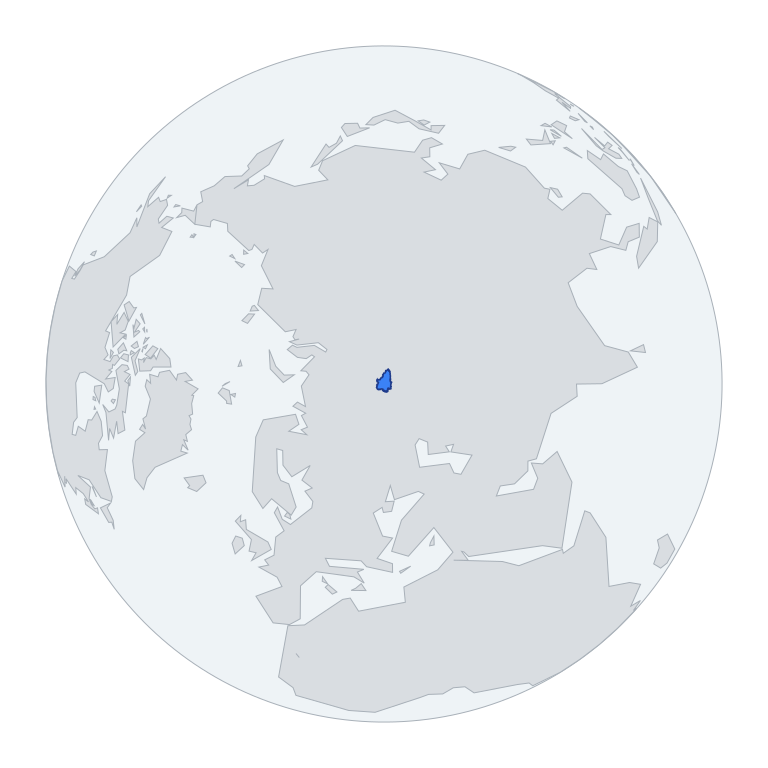 Kurgan highlighted on a globe, orthographic projection, rotated 284°
{"feature_id": "RUS-2380", "entity_name": "Kurgan", "entity_type": "Region", "adm_level": 1, "iso_a3": "RUS", "parent_name": "Russia", "parent_adm1": "", "projection": "orthographic", "projection_center": [64.14, 55.502], "detail": "fine", "context": "on_globe", "style": "filled", "palette": "blue", "viewbox_px": 768, "rotation_deg": 284, "n_neighbors": 0, "source": "natural_earth", "source_scale": "10m", "svg_char_len": 14760}
<svg xmlns="http://www.w3.org/2000/svg" viewBox="0 0 768 768"><g transform="rotate(284 384 384)"><circle cx="384" cy="384" r="338" fill="#eef3f6" stroke="#a8b0b8"/><path d="M405.1,46.7L407.1,46.9L422.3,50.2L418.6,57.9L410.9,55.5L410.9,58.2L420.5,61.6L426.8,63.3L439.8,81.8L469.3,101.0L485.5,104.0L476.6,106.2L511.9,110.6L532.3,121.9L504.9,111.2L498.9,111.9L510.6,120.1L506.9,122.7L510.5,128.3L505.0,130.8L489.5,125.1L485.6,126.8L494.2,132.7L494.1,139.4L482.1,130.4L480.7,141.3L454.5,135.2L426.9,111.6L408.0,112.7L368.2,101.0L367.5,105.3L352.0,104.4L345.5,109.2L340.0,106.3L339.5,112.8L345.8,114.6L347.7,118.2L344.4,121.4L336.8,117.9L337.3,115.9L333.4,116.6L331.0,113.6L330.3,116.9L321.5,112.7L325.3,121.6L314.1,122.4L309.6,118.4L316.6,112.5L323.4,90.9L321.0,86.1L310.6,84.6L277.2,94.4L271.8,92.1L259.7,93.6L259.6,97.3L269.0,97.6L265.9,105.5L277.8,105.6L278.3,109.1L287.9,112.2L279.4,118.6L265.8,123.4L257.4,121.3L251.3,123.6L253.5,131.5L232.4,134.1L208.8,147.6L204.1,147.9L205.2,136.8L219.7,121.1L221.2,109.1L213.0,124.1L201.4,125.6L196.4,129.1L192.9,133.6L194.5,136.0L189.0,138.3L195.0,123.7L200.1,121.4L198.1,125.8L204.9,118.7L208.9,110.0L202.7,112.0L215.2,98.4L211.0,99.9L211.3,98.1L217.3,96.5L206.8,99.5L220.6,88.4L215.8,90.9L237.6,79.4L260.2,69.6L283.5,61.4L307.2,54.9L331.4,50.2L355.9,47.3L380.5,46.1L405.1,46.7ZM430.2,63.8L421.1,61.5L413.8,57.8L421.8,59.3L430.2,63.8ZM443.5,72.7L438.2,71.9L438.7,68.1L441.6,69.7L443.5,72.7ZM497.9,105.9L491.2,102.1L499.0,105.0L497.9,105.9ZM511.9,128.7L515.0,129.1L515.6,132.0L511.9,128.7ZM291.9,108.6L289.9,110.3L289.2,108.8L291.9,108.6ZM298.0,108.4L298.5,105.4L301.5,104.9L301.1,106.8L298.0,108.4ZM507.7,138.5L507.6,143.3L505.0,137.4L507.7,138.5ZM296.6,112.3L306.7,104.5L311.8,103.8L314.6,110.4L296.6,112.3ZM505.8,145.4L505.7,157.5L512.6,159.2L493.2,161.8L499.6,150.3L495.3,142.6L501.4,146.3L505.8,145.4ZM349.2,113.8L342.4,112.0L351.1,110.7L349.2,113.8ZM354.4,112.2L378.5,104.1L387.0,108.8L377.2,110.3L390.6,114.5L382.9,120.7L373.8,119.8L369.8,115.5L369.9,121.3L354.4,112.2ZM482.4,161.5L480.1,163.8L479.6,160.4L482.4,161.5ZM349.1,119.5L353.3,117.3L360.9,121.2L354.0,126.4L353.8,123.4L349.1,119.5ZM397.9,112.7L402.4,116.8L397.3,122.8L398.4,125.3L383.4,121.3L397.9,112.7ZM350.4,124.2L350.4,129.0L343.8,130.2L345.6,122.0L350.4,124.2ZM365.8,120.0L369.1,122.2L365.0,122.7L365.8,120.0ZM320.4,137.8L325.2,134.6L329.5,136.3L320.4,137.8ZM350.8,130.7L353.1,130.3L355.3,130.7L354.0,134.1L350.8,130.7ZM380.9,126.0L377.9,127.9L386.8,127.9L383.4,132.8L374.0,129.4L376.6,132.9L375.6,134.4L369.1,130.0L380.9,126.0ZM359.4,138.9L346.3,136.8L336.5,142.1L332.3,140.6L348.8,132.4L359.4,138.9ZM365.6,134.0L360.8,136.7L358.1,133.3L359.7,129.5L365.6,134.0ZM384.4,137.5L392.1,130.9L393.9,131.9L384.4,137.5ZM357.1,141.1L360.3,141.6L356.7,141.8L357.1,141.1ZM376.6,139.2L379.1,136.6L381.1,137.9L376.6,139.2ZM364.7,144.9L360.5,144.1L361.4,141.3L364.7,144.9ZM370.6,142.8L372.7,145.1L364.3,140.8L371.4,141.4L370.6,142.8ZM378.1,140.8L380.1,140.6L376.8,141.7L378.1,140.8ZM363.6,156.0L352.7,151.3L354.8,145.1L365.1,150.5L363.6,156.0ZM146.7,624.5L127.2,601.3L129.0,597.1L124.7,586.2L106.1,546.1L109.8,535.8L106.0,524.7L97.5,516.0L93.6,502.3L88.9,495.4L63.3,454.8L58.7,428.7L60.6,373.9L67.4,369.2L74.2,352.6L126.2,349.2L131.0,365.2L165.0,396.0L168.1,403.0L157.4,414.3L177.4,457.5L191.8,452.4L216.7,481.1L237.5,491.6L256.8,467.1L222.8,449.3L223.5,431.9L256.1,433.9L286.9,449.6L288.1,443.3L274.3,422.1L287.0,414.7L270.1,413.8L272.8,422.2L262.3,422.2L259.2,414.5L263.8,412.0L256.2,404.8L236.1,419.4L236.6,429.6L213.1,419.5L211.7,435.7L203.3,437.9L202.5,411.3L206.9,404.6L200.7,369.3L193.9,375.2L199.3,409.3L195.1,403.7L186.0,413.0L189.6,401.5L185.5,363.7L168.0,351.8L135.9,359.5L127.7,350.5L125.4,334.2L147.1,311.1L162.8,334.0L170.7,327.0L176.1,306.9L180.4,315.9L184.5,310.8L191.3,318.7L209.3,316.0L217.4,322.6L232.6,308.7L238.9,310.5L228.1,318.0L225.0,327.2L246.3,343.9L252.8,343.4L260.9,333.2L265.7,339.5L270.9,327.6L287.1,332.1L271.7,317.0L280.8,305.6L295.0,301.8L295.2,295.6L272.2,302.0L265.4,307.1L264.1,315.7L243.4,328.5L234.3,325.7L245.5,302.7L233.9,296.6L247.7,282.2L301.6,272.4L320.0,275.5L333.2,305.5L324.3,311.2L315.1,303.0L316.1,321.4L319.6,314.7L323.6,320.2L333.4,311.5L336.7,315.1L340.4,301.0L345.5,304.4L343.1,313.3L362.0,304.3L374.8,309.0L377.5,305.3L376.7,300.1L393.6,310.0L394.8,306.9L389.8,302.4L388.9,293.5L394.0,281.8L399.5,285.8L398.5,290.6L404.6,307.1L400.9,319.7L403.7,320.3L408.2,310.3L400.7,290.1L402.2,282.0L407.1,290.8L405.4,286.9L407.9,284.2L415.6,285.5L410.8,275.6L430.5,242.3L447.3,242.2L449.4,253.3L469.1,236.4L486.5,238.9L481.7,234.5L488.0,224.3L482.6,223.3L480.8,220.5L494.4,195.5L501.9,193.2L502.4,178.8L499.9,176.7L494.4,177.4L493.2,161.8L512.6,159.2L517.1,163.9L526.2,159.7L535.2,171.3L546.8,179.5L551.4,195.6L560.2,201.2L562.7,198.9L576.6,205.3L596.4,227.1L569.1,219.2L537.2,191.1L549.3,203.1L543.2,203.5L545.4,209.9L554.2,218.5L557.3,217.4L554.1,249.5L568.5,280.1L575.6,268.9L585.8,270.4L608.5,298.4L616.3,357.5L629.9,362.5L634.5,370.5L631.0,382.6L624.2,371.2L615.6,373.5L612.3,365.6L604.4,382.1L599.3,371.6L595.6,390.2L603.1,395.2L612.0,384.1L611.0,405.4L627.2,409.8L635.2,425.2L628.7,468.8L612.8,492.2L613.1,497.9L603.6,498.1L595.7,514.9L617.2,530.5L618.3,538.0L603.3,563.1L602.1,558.3L577.0,558.9L575.7,578.2L594.9,581.5L601.6,592.7L588.3,596.2L581.1,586.5L572.2,586.3L572.2,570.7L560.2,551.7L546.6,562.8L545.4,552.9L526.8,538.2L506.0,552.7L474.6,588.8L474.1,613.3L461.6,625.8L437.0,595.4L430.5,570.8L418.8,574.4L395.9,553.2L348.3,550.0L344.0,542.3L334.5,544.6L318.7,534.8L313.2,521.5L302.5,520.1L318.0,554.6L329.7,556.0L343.0,546.1L344.9,557.3L360.4,568.3L334.3,590.1L267.7,596.4L265.5,576.9L237.1,507.9L240.4,502.1L240.4,501.3L240.4,499.8L233.3,508.4L229.9,494.2L240.4,541.8L240.3,558.8L266.7,597.2L263.1,598.9L272.9,607.4L309.5,609.5L308.8,615.2L288.9,636.4L242.0,651.3L250.8,670.3L251.7,681.4L228.1,677.2L236.0,685.2L224.6,680.8L227.8,683.4L224.3,681.8L203.4,669.6L183.4,656.0L164.5,640.9L146.7,624.5ZM101.2,363.8L98.1,368.0L101.2,363.8ZM315.0,480.5L336.3,486.6L334.3,465.3L342.3,466.1L338.7,458.8L334.0,463.8L326.3,444.0L338.2,440.4L339.5,431.3L332.4,428.9L311.8,438.7L322.7,466.8L314.6,473.4L315.0,480.5ZM201.1,126.4L200.4,127.7L196.0,132.1L196.5,129.9L201.1,126.4ZM186.2,154.2L177.7,157.4L184.1,153.3L183.1,150.4L195.2,138.8L202.4,147.5L197.0,145.4L186.2,154.2ZM213.4,126.4L204.9,132.3L213.9,125.5L213.4,126.4ZM200.6,276.9L200.1,283.8L193.4,287.5L183.1,280.7L192.7,275.1L200.6,276.9ZM201.0,293.0L215.0,272.9L221.9,276.9L215.6,277.9L218.8,282.6L209.6,285.6L202.6,309.6L196.2,314.6L180.7,298.3L189.3,300.7L189.2,293.5L201.0,293.0ZM238.4,220.0L244.5,212.8L251.7,230.4L245.1,235.2L234.4,228.3L235.9,218.6L238.4,220.0ZM299.6,126.2L301.5,123.3L303.6,124.1L303.7,127.2L299.6,126.2ZM322.3,136.2L293.5,140.0L294.2,136.8L276.6,143.7L271.5,138.0L283.2,133.6L266.1,134.7L274.5,128.5L262.7,130.4L289.1,121.1L296.1,116.0L290.3,123.8L294.7,129.1L298.7,129.8L315.2,128.4L332.3,120.6L339.4,125.1L339.9,130.4L336.8,133.0L333.2,129.1L331.8,135.3L324.1,131.7L322.3,136.2ZM341.4,197.2L338.4,190.4L334.3,204.8L326.6,200.2L326.7,202.2L318.5,202.1L308.5,205.6L306.1,202.5L303.3,205.2L297.8,205.5L293.1,208.3L287.0,203.9L280.8,207.1L281.4,203.2L272.4,210.0L276.4,203.1L269.7,203.1L269.4,209.8L247.8,182.0L235.7,176.7L223.4,176.3L231.9,165.2L248.8,158.7L268.4,156.7L278.9,163.8L280.9,157.8L286.4,159.6L282.6,163.6L291.9,158.5L295.4,161.2L312.9,161.0L324.1,152.8L330.8,152.8L328.2,157.4L336.7,154.3L336.3,163.0L341.0,163.4L345.4,172.6L337.6,181.7L343.5,181.4L347.1,188.8L341.4,197.2ZM364.4,158.7L356.8,170.0L348.9,173.2L344.6,155.8L340.4,154.3L337.4,143.9L348.9,139.6L348.7,142.9L351.2,145.1L346.6,145.5L352.1,146.9L352.0,151.7L356.3,154.1L352.7,157.0L364.4,158.7ZM175.8,402.0L178.9,405.9L184.8,410.2L179.2,416.4L175.8,402.0ZM172.5,376.2L175.9,378.3L170.8,388.6L167.6,384.7L172.5,376.2ZM182.2,371.0L176.5,377.6L177.6,371.8L182.2,371.0ZM231.8,319.5L236.0,321.2L234.7,324.1L230.4,326.3L231.8,319.5ZM327.6,241.0L327.1,236.0L329.4,235.4L335.1,225.3L341.2,228.2L340.2,235.4L327.6,241.0ZM248.6,469.2L240.0,471.6L238.0,467.4L241.3,467.4L248.6,469.2ZM206.0,444.4L213.7,454.0L204.4,446.0L206.0,444.4ZM335.2,242.4L336.8,237.9L338.9,242.2L335.2,242.4ZM346.0,229.9L349.1,234.0L342.6,227.4L346.0,229.9ZM307.0,695.4L294.2,706.1L278.7,701.9L272.3,697.0L274.7,689.2L291.5,690.7L298.8,687.1L307.0,695.4ZM656.4,574.0L662.0,568.0L661.5,569.0L656.4,574.0ZM650.7,578.1L657.6,570.9L649.1,581.1L650.7,578.1ZM660.1,568.1L667.0,558.7L670.1,553.9L669.2,556.2L660.1,568.1ZM645.9,583.1L617.2,607.9L605.1,614.8L608.5,609.8L628.0,595.6L645.9,583.1ZM607.5,610.4L588.3,614.7L558.0,603.0L569.0,598.2L599.8,597.9L598.0,601.9L609.7,601.0L607.5,610.4ZM651.7,558.8L649.7,568.4L634.4,581.9L627.1,586.7L622.2,580.2L625.0,572.3L631.1,567.6L651.9,527.3L659.7,524.8L654.1,539.9L660.3,541.3L651.7,558.8ZM475.8,615.1L485.0,626.3L477.8,630.1L475.8,615.1ZM657.9,503.8L651.1,521.8L656.6,501.4L657.9,503.8ZM659.8,486.9L661.4,491.3L657.0,490.2L659.8,486.9ZM615.0,505.3L608.7,511.6L607.4,508.0L614.8,497.9L615.0,505.3ZM641.3,438.0L645.4,449.6L645.6,454.5L640.7,450.4L641.3,438.0ZM389.7,264.2L375.0,274.7L368.5,285.0L371.2,294.7L361.1,285.9L371.1,270.0L389.7,264.2ZM424.9,244.4L422.4,236.5L427.6,237.3L428.9,239.2L424.9,244.4ZM420.5,241.5L409.8,236.9L411.1,230.8L419.3,235.6L420.5,241.5ZM372.1,239.0L367.3,241.8L365.7,238.2L372.1,239.0ZM619.9,626.0L621.8,624.0L650.0,592.4L672.0,559.7L681.0,545.1L691.9,522.3L699.0,506.4L689.5,528.5L678.4,549.9L665.8,570.4L651.8,590.0L636.5,608.6L619.9,626.0ZM670.0,557.9L678.6,542.2L682.4,536.2L670.0,557.9ZM708.8,477.4L704.5,490.4L707.0,482.1L707.0,479.4L698.3,498.0L696.6,498.3L700.4,488.6L693.6,498.7L701.2,482.6L703.6,484.3L707.5,469.7L712.7,455.9L716.5,443.0L717.5,438.5L708.8,477.4ZM699.7,499.3L700.8,496.7L699.4,501.2L699.7,499.3ZM684.3,521.3L683.7,524.0L681.5,525.8L684.3,521.3ZM687.3,515.4L693.6,506.8L686.6,518.2L687.3,515.4ZM664.3,538.8L666.7,541.2L674.2,528.6L668.4,540.5L672.8,542.5L670.7,547.6L666.6,545.0L663.8,556.3L660.4,560.1L659.2,554.4L663.1,540.5L666.5,532.3L679.7,513.8L664.3,538.8ZM687.6,509.2L685.7,505.9L687.0,499.6L689.1,499.9L687.6,509.2ZM678.9,498.7L672.4,498.1L667.6,507.4L676.0,483.5L681.1,488.1L678.9,498.7ZM671.5,487.5L667.2,496.2L670.9,483.6L671.5,487.5ZM665.4,495.0L663.6,490.0L667.7,486.2L665.4,495.0ZM674.0,484.6L672.7,473.9L675.9,477.2L674.0,484.6ZM658.7,479.0L669.5,478.6L657.5,487.4L651.5,468.7L656.1,462.9L658.7,479.0ZM649.2,365.1L645.0,360.3L647.6,353.5L649.8,358.7L649.2,365.1ZM652.3,328.5L646.9,350.2L641.9,368.2L646.1,367.2L649.6,380.3L640.5,376.3L640.1,356.3L644.9,344.6L640.5,334.3L640.8,321.2L632.8,311.6L631.3,303.7L640.0,308.9L652.3,328.5ZM629.1,308.1L615.3,288.5L622.6,280.6L627.3,283.1L630.6,295.3L626.5,298.7L629.1,308.1ZM614.1,281.6L610.0,284.9L581.2,266.4L576.9,260.8L602.8,269.7L600.3,273.4L606.1,279.6L614.1,281.6ZM483.5,165.4L480.4,164.0L483.8,163.3L483.5,165.4ZM477.7,220.3L475.9,216.4L480.0,215.5L477.7,220.3ZM472.9,205.3L469.6,208.9L470.8,203.3L472.9,205.3ZM462.6,217.7L467.2,209.6L466.1,219.8L462.6,217.7Z" fill="#d9dde1" stroke="#a8b0b8" stroke-width="1"/><path d="M399.4,384.4L399.2,384.5L399.2,384.8L399.1,385.0L399.0,385.3L398.8,385.3L398.6,385.4L398.3,385.4L398.1,385.5L397.9,385.4L397.6,385.6L397.6,385.8L397.8,386.0L398.1,386.1L397.9,386.3L397.8,386.5L397.7,386.6L397.7,386.8L397.1,386.9L396.8,386.8L396.7,386.8L396.4,386.9L396.3,387.2L396.1,387.4L395.8,387.5L395.2,387.5L394.8,387.5L394.7,387.6L394.5,387.8L394.4,387.9L394.3,388.0L394.1,388.0L393.7,388.2L393.0,388.2L392.7,388.5L392.1,388.5L391.9,388.5L390.3,389.2L390.2,389.1L390.2,388.7L389.9,388.7L389.8,388.8L389.6,389.2L389.5,389.3L389.4,389.3L388.9,389.1L388.6,389.1L388.5,389.4L388.5,389.5L388.4,389.6L388.2,389.5L387.7,389.7L387.6,389.8L387.6,390.0L387.7,390.8L387.6,391.0L387.4,391.0L387.2,390.9L386.9,390.6L386.6,390.5L386.4,390.6L386.2,390.8L385.9,390.9L385.5,390.6L385.4,390.7L385.1,390.7L385.0,390.8L384.7,390.8L384.4,390.9L384.1,391.0L383.8,390.9L383.7,391.1L383.4,391.1L383.6,391.4L383.5,391.5L383.4,391.6L383.2,391.6L382.7,391.4L381.9,391.6L381.7,391.6L381.3,391.9L381.2,391.9L381.2,391.6L381.2,391.3L380.8,391.0L380.7,391.0L380.4,391.0L380.4,390.9L380.5,390.9L380.5,390.6L380.7,390.4L380.5,390.2L380.8,390.1L380.9,389.9L381.1,389.8L381.1,389.7L381.1,389.4L380.9,389.4L380.9,389.2L380.8,388.8L380.1,388.8L379.8,388.7L379.6,388.9L379.1,389.1L379.0,388.9L378.9,388.9L378.7,389.1L378.6,388.9L378.5,388.7L378.3,388.6L378.2,388.5L378.0,388.8L377.6,388.9L377.4,388.8L377.2,388.9L377.2,389.0L377.1,388.9L377.0,388.6L376.8,388.5L376.8,388.3L376.9,388.2L377.1,388.0L377.1,387.8L377.0,387.7L376.9,387.4L376.7,387.4L376.7,387.2L376.7,386.8L376.7,386.7L376.9,386.7L377.1,386.6L377.3,386.9L377.5,386.9L377.4,386.6L377.5,386.5L377.6,386.4L377.7,386.1L377.4,385.9L377.6,385.7L377.4,385.6L377.4,385.4L376.9,385.3L376.9,385.2L377.0,385.0L377.5,384.9L377.7,384.7L377.4,384.5L377.5,384.3L377.8,384.5L378.1,384.3L378.4,384.4L378.5,384.3L378.4,384.2L378.7,384.0L378.8,384.0L378.8,383.9L378.6,383.6L378.4,383.6L378.6,383.4L378.7,383.2L378.6,382.5L378.4,382.2L378.2,382.0L378.0,381.9L378.0,382.0L377.9,382.0L377.8,381.9L377.8,381.6L378.1,381.5L378.1,381.4L378.0,381.2L377.9,381.1L377.8,381.3L377.7,381.4L377.6,381.1L377.7,380.8L377.4,380.6L377.3,380.4L377.4,380.2L377.2,380.2L377.2,379.8L377.2,379.5L377.2,379.4L377.3,379.2L377.4,379.3L377.5,379.1L377.8,378.8L377.9,378.5L378.1,378.2L378.3,378.1L378.8,377.6L379.0,377.7L379.0,377.8L379.0,378.0L379.3,378.0L379.5,377.8L379.6,377.7L379.8,377.8L379.9,377.6L380.3,377.5L380.6,377.7L380.8,377.7L381.3,377.6L381.3,377.8L381.4,378.0L381.5,378.0L381.4,377.8L381.6,377.6L381.6,377.4L381.8,377.5L382.0,377.4L382.2,377.5L382.2,377.8L382.5,377.9L382.8,378.1L383.0,378.2L383.4,378.2L383.6,378.2L383.9,378.2L384.1,378.3L384.3,378.2L384.2,377.8L384.2,377.7L384.3,377.5L384.5,377.5L384.6,377.4L384.7,377.2L384.6,376.9L384.6,376.7L385.1,376.6L385.3,376.3L385.6,376.2L385.9,376.3L386.0,376.2L386.3,376.1L386.5,376.2L386.5,376.3L386.4,376.4L386.6,376.5L386.8,376.5L386.7,376.6L386.7,376.8L386.8,377.0L386.7,377.1L386.8,377.2L386.9,377.3L386.8,377.6L386.8,377.9L386.7,378.0L387.1,378.4L387.1,378.6L387.3,378.8L387.5,378.9L387.3,379.0L387.2,379.1L387.3,379.3L387.6,379.4L387.8,379.3L387.9,379.2L389.0,379.4L389.1,379.8L389.4,380.1L389.4,380.3L389.7,380.6L390.1,380.9L390.2,381.0L390.3,381.0L390.6,380.8L390.7,380.6L391.0,380.6L391.2,380.8L391.4,380.9L391.5,381.2L392.1,381.0L392.2,380.9L392.4,380.7L392.6,380.6L392.8,381.1L393.1,381.1L393.4,380.9L393.6,381.0L393.8,381.1L394.2,381.1L394.4,381.1L394.4,381.3L395.0,382.4L395.5,382.5L396.2,382.4L396.3,382.4L396.4,382.5L396.5,382.7L397.2,382.4L397.4,382.4L397.4,383.1L397.6,383.2L397.8,383.2L397.9,383.3L398.0,383.6L398.3,383.8L398.4,384.1L398.5,384.1L398.9,384.0L399.0,384.0L399.3,384.3L399.4,384.4Z" fill="#3b82f6" stroke="#1e3a8a" stroke-width="1.5"/></g></svg>